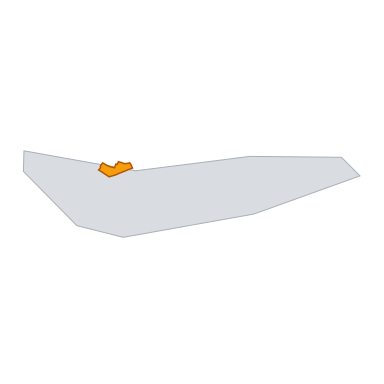 Fakaifou, Tuvalu shown in context, rotated 89°
{"feature_id": "33948139B58863011361490", "entity_name": "Fakaifou", "entity_type": "district", "adm_level": 2, "iso_a3": "TUV", "parent_name": "Tuvalu", "parent_adm1": "", "projection": "natural_earth1", "projection_center": [179.2, -8.516], "detail": "fine", "context": "in_parent", "style": "filled", "palette": "amber", "viewbox_px": 384, "rotation_deg": 89, "n_neighbors": 0, "source": "geoboundaries", "source_scale": "gbopen_adm2", "svg_char_len": 734}
<svg xmlns="http://www.w3.org/2000/svg" viewBox="0 0 384 384"><g transform="rotate(89 192 192)"><path d="M223.7,307.6L168.5,360.2L147.9,359.3L169.8,248.2L157.4,133.4L159.9,42.0L178.8,23.8L215.1,130.5L236.1,261.6L223.7,307.6Z" fill="#d9dde1" stroke="#a8b0b8" stroke-width="1"/><path d="M161.7,253.7L162.1,254.5L162.5,258.4L162.5,258.9L161.9,260.5L160.4,265.0L163.0,266.2L162.8,267.7L166.4,269.0L165.5,272.6L164.5,275.3L163.3,277.6L161.3,280.8L162.2,281.5L164.2,282.9L165.0,283.3L166.2,283.0L168.3,285.0L169.8,282.7L175.4,274.6L173.6,268.1L172.7,266.1L170.8,261.1L169.9,258.8L169.8,258.4L168.6,255.5L167.1,251.1L164.4,252.2L163.5,252.6L162.7,253.0L162.5,253.3L161.7,253.7Z" fill="#f59e0b" stroke="#b45309" stroke-width="1.5"/></g></svg>